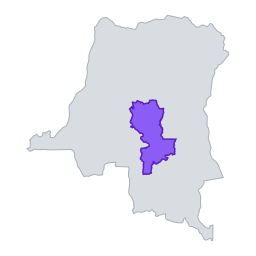 location of Kasaï-Oriental within Democratic Republic of the Congo
{"feature_id": "COD-1896", "entity_name": "Kasaï-Oriental", "entity_type": "Province", "adm_level": 1, "iso_a3": "COD", "parent_name": "Democratic Republic of the Congo", "parent_adm1": "", "projection": "robinson", "projection_center": [23.978, -4.842], "detail": "fine", "context": "in_parent", "style": "filled", "palette": "violet", "viewbox_px": 256, "rotation_deg": 0, "n_neighbors": 0, "source": "natural_earth", "source_scale": "10m", "svg_char_len": 9079}
<svg xmlns="http://www.w3.org/2000/svg" viewBox="0 0 256 256"><path d="M223.2,177.5L203.6,181.0L204.0,182.3L203.8,183.6L203.3,184.6L201.3,187.3L198.3,189.9L198.3,190.5L199.8,193.3L200.7,197.2L200.4,203.9L200.8,205.8L200.8,207.2L199.8,208.8L197.7,217.0L199.1,220.9L202.9,224.6L205.2,227.4L209.0,228.4L209.6,228.2L209.8,225.9L212.9,225.1L212.8,239.6L212.6,240.5L212.0,240.6L211.3,240.2L211.0,238.8L210.3,238.2L206.5,240.0L205.6,239.9L204.6,239.6L203.8,238.9L203.6,237.8L201.0,233.5L199.7,233.2L198.3,229.4L192.4,226.6L190.2,226.4L189.0,225.5L187.9,222.5L185.9,220.6L185.5,218.4L185.1,218.1L183.9,218.6L182.9,222.0L181.6,222.8L179.2,222.9L173.2,221.9L168.9,220.1L167.8,220.2L166.0,218.7L165.3,216.0L165.7,214.0L165.4,213.7L158.9,215.4L157.3,216.4L155.8,216.2L155.4,215.6L156.0,214.2L155.7,212.7L155.2,212.0L153.3,211.5L152.7,209.9L151.5,209.6L151.1,209.9L150.8,211.0L150.1,211.3L146.2,210.8L142.1,212.2L136.7,211.9L134.1,213.6L133.7,213.5L133.1,212.6L132.6,209.9L132.9,209.1L133.7,208.6L134.0,207.5L133.7,204.6L133.9,203.9L133.6,202.3L132.8,199.7L131.7,197.5L129.2,194.3L128.7,192.8L128.9,189.2L129.7,183.5L129.6,179.3L128.6,176.5L128.4,173.6L129.0,168.2L128.4,166.9L116.0,166.5L115.4,166.1L115.2,165.4L115.8,162.2L108.2,163.0L105.9,163.6L104.5,164.9L104.1,166.5L104.0,168.8L102.9,171.0L102.6,174.8L100.5,175.2L98.4,175.2L94.4,174.4L90.4,175.5L88.5,176.5L87.5,176.0L84.0,176.4L83.5,176.1L79.5,168.7L77.6,166.3L77.3,165.0L77.4,163.9L76.9,162.4L75.1,158.6L74.7,156.8L74.8,154.1L74.6,153.1L72.9,150.7L71.7,150.0L70.5,149.5L50.2,149.9L43.5,149.4L38.6,149.7L36.1,149.5L35.4,149.2L33.2,149.7L32.0,150.7L30.3,151.2L29.2,151.0L27.1,148.3L29.9,147.8L30.1,147.5L30.3,140.9L29.5,140.0L31.1,138.9L33.5,136.0L35.9,135.0L36.3,134.4L36.8,134.4L37.7,135.6L39.7,137.2L42.3,135.8L42.6,135.4L42.9,132.6L43.6,132.4L44.7,133.0L45.3,133.0L46.4,132.2L49.7,130.7L50.7,132.5L49.8,134.2L50.2,135.3L50.3,137.1L50.8,137.5L53.4,137.7L54.2,137.3L59.3,130.8L60.7,130.1L62.9,127.5L65.7,126.4L67.0,124.3L68.6,120.7L69.4,115.5L69.1,106.5L69.3,105.3L72.8,101.2L76.4,93.8L78.8,91.9L80.6,91.1L83.4,88.4L85.6,85.7L85.3,82.5L85.8,79.8L87.0,76.3L87.4,72.7L87.0,68.8L87.2,65.7L88.8,60.7L89.0,55.0L90.5,50.1L93.5,44.0L94.9,39.5L94.6,35.0L95.0,31.7L94.8,29.7L94.3,28.0L94.6,27.0L95.7,26.5L97.1,24.8L99.6,20.4L102.3,18.3L104.2,17.6L106.2,17.6L107.4,18.0L109.5,19.8L111.9,21.2L113.6,22.9L115.4,25.6L119.6,26.2L121.4,27.1L122.5,27.5L122.9,27.2L123.8,27.4L125.7,28.2L127.3,27.7L135.1,29.5L136.0,28.6L138.2,24.0L139.8,22.4L142.5,22.3L144.6,23.1L145.7,23.2L155.2,19.2L156.5,19.0L159.9,19.9L162.2,19.3L163.1,19.5L165.1,18.8L166.7,16.0L168.0,15.4L181.7,18.4L183.8,16.9L184.8,16.7L187.9,17.8L188.8,19.5L190.6,21.0L191.9,23.4L194.0,24.7L195.0,26.0L196.2,26.9L198.7,27.2L201.9,25.0L204.1,25.3L206.4,26.5L207.2,26.4L208.9,25.1L209.8,23.8L210.6,23.5L212.0,24.1L213.0,25.3L214.0,27.2L217.5,31.3L220.8,33.1L221.6,35.6L222.8,35.4L223.4,35.6L224.3,37.2L224.9,37.6L225.0,38.2L224.2,39.7L223.4,42.6L224.4,44.4L223.6,47.0L223.1,49.7L224.2,50.3L225.6,50.3L226.9,51.7L227.9,51.9L228.9,53.4L228.7,54.6L225.4,58.9L220.5,64.3L218.8,64.9L218.0,65.9L217.4,67.4L215.9,68.8L214.8,69.3L214.8,73.1L213.1,77.1L212.5,77.9L211.6,84.4L211.7,85.6L210.8,90.9L210.9,95.8L208.6,97.3L206.9,99.8L206.2,101.5L206.2,105.5L203.5,107.9L203.3,108.5L204.0,111.3L205.0,111.8L205.0,112.7L207.2,115.8L207.0,125.2L207.2,126.1L208.3,128.3L209.1,132.5L208.2,137.9L211.2,147.8L209.8,151.5L210.5,154.9L212.2,158.6L216.4,162.1L217.5,163.6L218.6,165.6L219.6,168.7L223.2,177.5Z" fill="#d9dde1" stroke="#a8b0b8" stroke-width="1"/><path d="M152.7,100.1L156.3,100.6L156.4,100.9L156.7,103.3L156.9,104.0L157.1,104.4L158.0,105.9L159.1,108.1L159.3,108.5L159.5,108.7L159.7,108.8L163.5,108.5L163.4,109.6L163.2,110.2L163.3,110.6L163.4,111.4L163.6,112.2L163.6,112.4L163.2,113.6L163.1,114.1L162.8,114.6L162.7,114.9L162.6,115.6L162.8,115.8L162.7,116.0L162.5,115.9L162.4,116.0L162.6,116.2L162.5,116.5L162.6,116.8L162.5,117.0L162.3,117.5L162.1,117.7L162.0,118.2L161.9,118.3L161.6,118.3L161.4,118.4L161.4,119.4L161.4,119.5L161.1,119.5L160.8,120.1L160.7,120.1L160.7,120.4L160.6,120.5L160.3,120.6L160.1,120.6L160.1,120.8L160.3,121.2L160.3,121.3L160.3,121.6L160.1,121.6L160.0,121.8L160.0,122.1L160.2,123.0L160.3,123.4L160.0,123.8L159.7,124.2L159.6,124.3L159.7,124.7L159.8,124.8L160.0,124.9L159.9,125.1L160.0,125.1L160.3,125.2L160.5,125.2L160.4,125.3L160.4,125.6L160.7,126.2L160.8,126.0L161.0,126.4L161.3,126.8L161.3,127.3L161.7,127.6L161.9,127.5L162.0,127.5L162.1,127.8L162.2,128.3L162.4,128.4L162.3,128.7L162.3,128.9L162.5,129.2L162.5,129.3L162.4,129.5L162.4,130.0L162.5,130.2L162.6,130.3L162.5,130.5L162.3,130.8L162.2,131.8L162.3,131.9L162.6,132.5L162.0,133.1L161.6,133.7L161.6,133.8L161.3,134.0L161.1,134.3L160.9,134.8L161.0,135.3L161.2,135.5L161.4,136.2L161.8,136.5L162.0,136.7L162.2,137.1L162.4,137.3L162.6,137.9L163.0,139.0L163.5,139.1L175.9,139.2L175.6,139.7L175.2,141.1L174.3,142.5L174.1,143.1L173.9,143.7L174.0,144.1L174.4,144.9L174.5,145.2L174.4,145.5L174.0,146.0L173.8,146.4L173.7,146.9L173.8,147.1L173.9,147.3L174.6,148.1L174.7,148.3L174.8,148.7L174.7,150.3L174.8,151.4L174.7,151.7L174.5,152.2L174.5,152.4L174.5,152.7L174.8,153.3L174.9,153.7L174.8,154.0L174.6,154.2L174.3,154.3L173.8,154.2L173.5,154.3L173.3,154.4L173.0,154.7L172.8,154.8L172.5,154.8L172.5,154.7L172.4,154.1L172.2,153.9L171.3,153.5L170.7,153.5L169.3,154.8L169.1,154.9L168.5,155.0L167.9,155.4L167.6,155.4L166.6,155.1L166.0,155.1L165.8,155.2L165.4,155.5L165.1,156.0L165.5,156.5L166.2,157.5L166.4,157.6L166.6,157.6L167.7,157.6L167.8,157.7L167.9,157.8L167.9,158.0L167.5,158.3L167.4,158.4L167.4,158.7L167.3,158.9L167.1,159.6L165.9,160.2L165.6,160.3L164.7,159.6L163.9,159.2L163.1,159.1L162.6,159.1L162.0,159.1L161.7,159.4L161.5,159.7L161.4,160.0L161.5,160.3L161.4,160.5L159.8,162.0L159.5,162.1L158.9,162.4L158.2,163.0L157.4,163.1L157.2,163.2L156.9,163.8L156.6,164.0L156.3,164.0L155.7,163.8L154.4,163.1L154.3,162.9L154.3,162.4L154.2,162.1L154.1,161.9L154.0,161.7L153.8,161.7L153.5,161.7L153.4,161.7L153.3,161.8L153.5,162.3L153.4,162.3L153.2,162.4L153.1,162.5L153.4,162.9L153.3,163.0L153.4,163.4L153.3,163.7L153.1,163.8L152.6,164.0L152.4,164.3L152.2,164.4L152.0,165.1L151.6,165.4L151.5,165.6L151.6,166.4L151.5,166.7L151.4,166.9L151.4,167.0L151.7,167.3L151.8,167.5L151.6,167.8L151.5,168.9L151.4,169.1L151.3,169.3L151.1,169.5L151.1,169.9L151.0,171.9L151.1,172.1L151.3,172.6L151.4,172.9L151.3,173.1L150.6,173.1L150.3,173.2L150.0,173.4L149.7,173.9L149.4,174.0L149.0,173.7L148.5,174.0L148.3,174.1L147.3,174.0L147.0,174.1L146.5,174.3L146.3,174.3L145.9,174.2L145.3,174.0L144.8,174.1L144.4,173.9L144.2,174.0L143.9,174.3L143.6,174.4L143.4,174.3L143.2,174.1L143.1,173.3L142.9,172.7L143.2,169.3L143.5,167.7L143.5,167.1L143.4,166.1L143.5,165.5L143.3,164.8L143.3,164.4L143.8,162.9L143.8,162.7L143.7,162.4L143.4,161.9L143.1,161.6L142.6,161.4L142.2,161.1L142.0,160.8L141.5,159.9L141.3,159.7L140.7,159.3L140.5,159.0L140.5,158.4L140.5,158.0L141.2,156.6L141.4,156.1L141.5,155.7L141.7,154.7L141.9,154.1L142.2,153.7L142.2,153.4L142.0,153.1L141.5,152.7L141.3,152.4L141.0,151.9L140.9,151.6L140.8,151.0L140.8,149.3L141.1,148.6L141.2,148.4L141.4,148.3L141.7,148.3L142.8,148.3L144.2,148.0L144.5,148.0L145.2,147.6L145.3,147.6L145.3,148.0L145.5,148.3L146.0,148.2L146.3,148.0L146.6,147.5L146.8,147.3L147.5,147.1L148.3,146.6L148.8,146.6L149.1,146.4L149.1,144.3L148.9,143.9L148.5,143.6L148.1,143.4L147.1,142.8L146.2,142.5L146.1,142.4L145.9,142.2L145.8,141.9L145.7,141.8L145.4,141.8L144.3,142.2L144.0,142.2L143.8,142.1L142.9,141.0L141.9,139.9L141.0,139.1L140.8,138.8L140.8,138.6L140.7,138.1L140.8,137.6L141.0,137.1L141.3,136.9L142.7,136.4L143.0,136.3L143.1,136.0L143.1,135.4L142.9,134.2L142.7,133.8L142.5,133.6L142.2,133.4L141.5,133.3L140.7,133.1L140.0,133.1L139.7,133.0L138.8,131.8L137.8,130.7L137.3,130.2L135.9,129.5L135.1,128.8L134.9,128.5L134.6,128.1L133.9,127.1L132.9,127.2L132.7,127.5L132.2,127.5L131.9,127.4L131.8,127.2L131.7,127.1L131.6,126.9L130.8,126.8L130.9,126.6L131.1,126.3L131.3,126.1L131.7,126.0L132.2,126.1L132.5,126.0L132.7,125.9L132.7,125.4L132.2,123.9L132.1,123.6L131.8,123.4L130.9,123.1L130.7,123.0L130.5,122.7L130.4,122.1L130.4,121.2L130.5,121.0L130.9,120.4L131.1,120.1L131.3,119.1L131.8,118.1L132.7,115.4L132.7,115.2L132.6,114.6L132.5,114.2L132.3,113.8L131.0,111.8L130.7,111.6L130.6,111.3L130.4,110.7L130.3,109.9L130.1,109.6L129.6,109.0L129.8,108.8L130.3,108.1L131.1,107.6L131.5,107.2L131.8,106.7L132.1,106.5L132.4,106.6L132.6,106.8L132.7,107.2L132.6,108.1L132.6,108.3L132.7,108.6L133.0,108.8L133.3,108.7L133.6,108.6L133.7,108.4L133.7,108.0L133.1,105.3L132.9,104.1L132.8,103.6L132.4,102.4L132.4,102.2L132.5,102.1L133.6,102.4L134.1,102.5L135.9,102.6L136.0,102.6L136.3,102.4L137.1,101.1L137.2,100.8L137.5,100.9L137.9,100.8L138.7,101.4L139.3,101.4L139.9,101.7L140.2,102.1L140.6,102.7L141.2,102.3L141.4,102.3L141.9,102.3L142.3,102.4L142.7,102.7L143.0,103.1L143.4,103.9L143.5,104.0L144.0,103.9L147.0,103.2L147.5,103.2L148.3,103.4L148.5,103.3L148.6,103.2L148.6,102.7L148.8,102.3L149.3,102.1L149.5,101.7L149.6,100.8L149.6,100.7L149.8,100.4L150.2,100.3L151.7,100.3L152.0,100.2L152.7,100.1Z" fill="#8b5cf6" stroke="#5b21b6" stroke-width="1.5"/></svg>